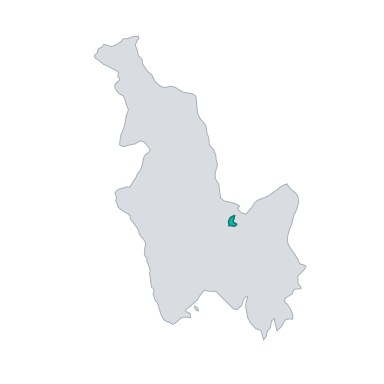 Kowon, Hamgyŏng-namdo, North Korea (highlighted), rotated 288°
{"feature_id": "82179303B22851132027505", "entity_name": "Kowon", "entity_type": "district", "adm_level": 2, "iso_a3": "PRK", "parent_name": "North Korea", "parent_adm1": "Hamgyŏng-namdo", "projection": "robinson", "projection_center": [127.128, 39.407], "detail": "fine", "context": "in_parent", "style": "filled", "palette": "teal", "viewbox_px": 384, "rotation_deg": 288, "n_neighbors": 0, "source": "geoboundaries", "source_scale": "gbopen_adm2", "svg_char_len": 3762}
<svg xmlns="http://www.w3.org/2000/svg" viewBox="0 0 384 384"><g transform="rotate(288 192 192)"><path d="M229.2,280.4L227.7,281.2L225.2,285.5L222.9,291.0L220.6,294.0L217.9,295.6L215.1,296.6L209.5,297.0L204.4,296.6L202.7,296.0L195.7,296.4L193.7,296.7L183.6,296.3L178.4,296.8L175.0,297.8L171.6,300.0L168.7,303.4L166.1,306.9L160.8,313.5L157.1,316.6L157.1,321.2L157.0,322.6L155.7,323.6L155.3,323.2L153.1,322.8L144.6,318.6L137.5,321.2L135.7,324.5L133.8,325.6L131.0,319.1L126.4,318.9L119.2,313.1L116.0,314.3L115.2,316.6L111.2,321.9L105.6,326.2L103.7,326.8L101.7,326.5L102.0,325.3L99.7,320.4L90.9,318.4L87.7,316.4L86.1,315.9L94.8,310.4L97.1,309.5L95.4,308.2L93.6,307.6L86.5,308.4L82.8,306.6L77.4,307.2L73.6,305.8L81.4,300.4L81.8,297.3L81.7,294.9L85.7,287.8L89.7,283.8L100.0,278.3L104.4,277.5L107.7,277.7L110.3,277.2L107.5,275.0L104.8,274.1L99.5,274.3L94.1,271.1L93.6,267.7L104.4,246.3L104.6,244.3L102.9,239.1L102.4,234.1L94.8,231.1L91.5,230.8L81.8,225.1L77.9,222.2L76.4,223.0L76.1,227.6L74.7,228.6L72.1,229.5L70.9,224.3L68.8,220.5L62.4,216.7L60.1,214.6L61.3,210.0L60.7,209.6L61.8,204.5L65.8,200.5L75.6,193.5L78.1,190.2L83.1,186.4L85.3,186.5L87.6,186.1L88.3,184.4L88.8,183.1L90.8,181.9L95.5,179.8L100.9,177.0L105.2,176.2L110.5,172.0L112.6,170.1L114.8,170.1L115.4,169.3L116.6,167.1L118.3,165.7L120.6,165.4L124.4,164.4L129.1,163.7L132.4,160.2L133.5,157.7L135.7,154.9L140.2,151.9L143.4,147.4L146.8,142.5L148.5,141.0L150.1,140.7L151.1,138.8L152.2,133.7L153.8,128.6L154.8,126.3L158.7,123.7L159.8,122.4L160.7,122.0L162.5,122.3L165.0,120.8L167.3,119.1L169.4,119.7L171.6,121.1L173.9,123.9L174.9,126.1L176.6,128.0L177.0,130.7L178.8,131.8L182.6,132.4L188.8,134.3L192.8,134.4L195.1,135.7L199.9,136.5L209.5,135.4L213.4,136.1L215.1,137.7L217.5,139.1L219.1,139.2L221.2,136.8L223.5,133.1L224.9,130.2L224.9,128.0L223.5,125.5L220.4,123.3L218.3,119.7L216.3,116.1L215.1,114.9L214.2,113.2L214.0,110.5L214.6,108.6L219.4,107.4L225.5,106.7L230.5,107.4L238.7,106.9L243.8,105.9L247.6,106.1L251.0,106.0L252.5,104.5L257.3,100.7L259.7,99.4L262.2,96.9L262.6,94.2L263.1,92.1L264.5,89.8L267.0,86.9L269.1,85.6L271.5,85.8L274.1,87.1L275.7,88.4L277.5,88.0L279.0,85.8L280.0,85.4L282.9,85.2L283.8,83.8L284.8,77.3L285.8,72.1L286.0,68.5L288.5,62.5L289.3,58.9L290.8,57.2L292.6,57.3L294.1,58.4L295.9,59.0L298.4,58.4L300.2,59.3L301.3,61.3L305.0,62.6L305.3,63.6L305.3,70.1L307.4,73.1L310.1,75.9L313.9,78.4L315.9,79.0L317.1,80.7L318.2,83.8L320.9,86.8L322.3,89.0L322.7,91.3L323.9,92.6L321.8,94.0L319.0,93.1L314.4,92.6L308.5,97.1L305.3,98.7L303.0,103.1L298.4,105.7L296.0,108.4L292.7,113.2L290.7,117.9L285.7,122.6L282.9,128.6L282.8,133.7L286.0,139.0L286.4,143.4L284.2,152.6L285.6,162.3L284.3,166.1L269.0,172.8L265.0,176.1L259.4,184.8L252.6,188.0L248.4,191.5L242.4,193.6L238.7,199.7L234.6,203.1L229.6,205.2L225.9,207.9L217.6,208.1L211.8,210.0L207.6,215.1L195.1,221.0L193.4,225.4L194.2,232.2L194.3,237.4L193.2,241.7L190.5,240.5L189.0,241.9L187.4,245.9L187.8,250.4L192.1,251.9L195.7,253.7L200.6,254.7L204.3,256.8L212.2,266.3L218.6,270.5L220.2,272.1L223.9,274.2L227.3,277.5L229.2,280.4ZM83.3,233.6L80.9,235.0L80.8,232.4L82.7,230.2L84.6,229.9L83.3,233.6Z" fill="#d9dde1" stroke="#a8b0b8" stroke-width="1"/><path d="M183.3,240.0L182.6,239.4L181.8,238.5L181.3,238.0L180.3,237.2L179.7,236.4L179.0,236.4L178.0,236.1L177.4,235.9L176.4,235.9L175.3,235.9L174.6,236.2L174.1,236.3L173.6,236.6L172.8,237.2L172.3,237.3L171.8,237.5L171.3,237.7L171.9,238.5L172.1,239.0L172.1,239.7L172.2,240.5L172.3,241.6L172.5,242.7L173.2,243.5L174.1,244.2L175.2,244.4L175.5,243.5L175.6,243.1L175.5,242.1L175.7,241.6L175.8,241.3L176.0,241.0L176.5,240.5L177.1,240.1L177.7,239.9L178.0,239.9L178.4,239.9L178.9,240.1L179.6,240.2L181.1,239.9L181.8,239.8L182.4,239.8L183.1,239.9L183.3,240.0Z" fill="#14b8a6" stroke="#0f766e" stroke-width="1.5"/></g></svg>